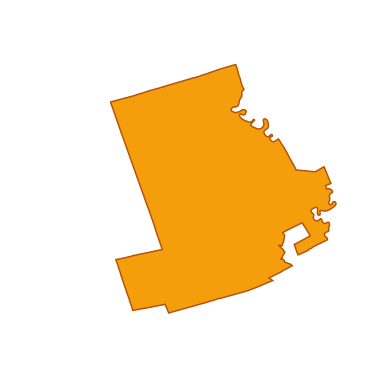 Luciu, Buzau, Romania (Natural Earth projection), rotated 52°
{"feature_id": "2599482B85602684300411", "entity_name": "Luciu", "entity_type": "district", "adm_level": 2, "iso_a3": "ROU", "parent_name": "Romania", "parent_adm1": "Buzau", "projection": "natural_earth1", "projection_center": [27.091, 44.965], "detail": "fine", "context": "isolated", "style": "filled", "palette": "amber", "viewbox_px": 384, "rotation_deg": 52, "n_neighbors": 0, "source": "geoboundaries", "source_scale": "gbopen_adm2", "svg_char_len": 5905}
<svg xmlns="http://www.w3.org/2000/svg" viewBox="0 0 384 384"><g transform="rotate(52 192 192)"><path d="M273.1,284.8L274.5,281.1L287.4,249.7L291.6,238.8L291.7,238.0L293.5,234.5L298.6,222.3L303.4,210.5L304.0,209.1L304.5,207.6L304.8,206.5L307.5,197.6L308.0,195.9L310.2,187.2L310.8,185.3L311.5,182.9L307.1,184.3L307.1,184.1L307.2,183.8L307.3,183.5L309.8,171.0L310.1,167.8L310.4,166.4L310.6,165.9L310.8,164.3L311.1,163.1L311.0,162.8L311.2,161.5L311.6,159.4L311.9,158.4L311.3,158.4L311.0,158.4L309.2,159.0L308.8,159.2L308.5,159.4L308.2,159.9L307.9,160.1L307.5,160.2L306.4,160.8L305.9,161.2L305.5,161.7L305.3,161.8L304.9,161.7L304.7,161.8L304.2,162.1L303.9,162.1L303.4,161.6L303.2,161.5L302.5,161.6L301.8,161.8L301.4,161.7L301.1,161.7L300.8,161.8L300.5,162.0L300.1,162.9L299.7,163.3L299.4,163.2L299.4,162.1L299.3,161.6L299.2,161.3L299.0,161.1L298.6,160.7L298.4,160.5L298.2,160.1L298.0,159.3L297.7,158.7L297.0,156.8L296.8,155.9L296.7,155.8L295.7,156.1L295.3,156.1L294.9,155.8L294.7,155.7L294.6,155.8L294.1,156.0L293.7,155.7L292.9,155.7L292.4,155.8L292.0,156.0L291.5,156.1L291.1,156.1L290.8,156.0L290.5,156.0L290.1,156.1L289.1,156.3L287.6,156.4L287.6,156.0L288.1,155.3L289.9,154.3L289.9,154.2L287.1,150.0L285.9,148.5L285.1,147.7L283.5,146.0L283.2,145.7L282.9,145.6L280.1,145.8L279.9,145.7L280.3,142.8L281.7,135.5L283.9,125.1L284.1,124.5L284.3,124.2L287.9,124.5L290.8,124.8L291.3,124.8L293.1,125.1L297.1,125.5L297.6,125.6L299.1,125.6L299.4,125.7L299.3,126.5L298.6,130.4L296.9,140.5L296.3,143.7L296.8,143.8L297.5,144.1L302.6,145.9L303.7,146.2L305.5,146.8L306.9,147.2L307.8,143.5L308.2,142.1L308.8,139.4L309.6,135.5L309.4,135.3L309.2,134.9L309.1,134.5L309.2,134.1L309.8,132.9L309.9,132.5L309.9,132.1L309.7,131.3L310.0,129.3L310.7,125.4L311.2,123.6L311.2,123.4L312.0,119.8L313.0,115.2L312.4,114.2L311.8,113.8L311.2,113.8L309.6,114.3L308.8,114.3L307.9,114.2L307.4,114.0L307.1,113.6L306.8,113.6L306.5,113.4L306.4,112.6L306.1,111.9L306.3,110.9L307.0,108.7L306.9,108.4L306.3,107.7L305.7,107.2L304.8,106.6L304.1,106.2L303.5,105.0L302.9,104.1L301.7,103.1L300.8,102.9L300.1,103.0L299.4,103.4L299.2,104.4L299.2,105.6L298.9,106.4L297.7,107.2L296.8,107.4L295.9,107.5L295.0,107.4L294.0,106.9L293.0,106.6L292.7,106.7L292.1,107.2L292.1,107.7L292.3,108.4L292.3,109.3L292.3,110.3L292.0,111.2L290.8,112.0L289.7,112.6L289.0,112.8L287.9,112.7L287.3,112.5L286.7,112.0L286.1,111.2L285.7,110.6L285.1,110.2L284.3,109.9L283.7,109.9L282.9,110.1L281.6,110.4L280.9,110.2L280.1,109.8L279.7,109.3L279.5,108.5L279.4,107.5L279.4,106.8L280.0,105.1L280.1,104.7L280.2,104.2L280.6,103.5L281.6,103.1L282.6,103.4L283.3,103.9L284.1,104.7L284.6,105.2L285.1,105.7L286.1,106.3L286.9,106.7L287.2,106.7L287.7,106.7L288.2,106.5L288.5,106.1L288.8,105.3L288.4,104.7L285.9,103.0L285.7,102.5L285.9,101.8L286.0,101.7L288.4,99.5L289.1,98.7L289.8,97.4L290.1,96.4L290.5,94.4L290.8,93.3L290.9,92.4L290.8,91.2L291.0,89.0L290.9,88.2L290.6,86.8L290.0,85.8L289.3,85.4L288.5,85.3L287.6,85.4L287.0,85.9L286.8,86.3L286.7,87.2L286.8,87.8L287.5,88.6L287.7,89.8L287.5,90.4L287.0,91.1L286.8,91.2L286.2,91.4L285.5,91.3L284.7,90.8L284.2,90.2L283.7,89.6L283.2,88.7L282.6,87.9L281.6,87.2L280.8,86.7L280.0,86.4L279.4,85.9L278.8,85.2L278.5,84.1L278.7,82.8L278.8,82.0L278.1,81.0L276.7,80.8L276.3,80.8L274.9,81.3L273.4,82.2L272.9,83.0L272.5,84.0L269.2,82.8L270.8,77.3L253.5,72.4L253.2,73.2L252.3,80.0L252.1,80.9L252.2,82.0L249.5,85.1L247.6,87.1L246.7,87.8L238.8,96.4L237.7,96.1L231.7,95.0L224.9,94.1L219.4,93.0L214.1,92.2L212.6,92.0L207.7,91.7L207.0,91.5L206.0,91.4L203.4,91.2L203.1,95.1L202.9,95.7L202.6,96.8L202.0,97.4L200.9,98.0L199.4,98.0L198.1,97.8L197.5,97.4L197.3,96.8L197.2,95.6L197.4,94.8L197.4,94.3L196.7,93.7L195.9,93.7L195.5,94.1L195.3,95.0L195.3,95.6L195.6,96.5L195.5,97.5L195.3,98.0L194.9,98.6L194.0,99.0L193.0,99.3L191.4,99.2L190.5,99.1L189.6,98.8L188.6,98.0L188.2,97.1L188.2,96.0L188.4,94.0L188.2,92.9L187.7,91.9L187.2,91.3L186.1,90.4L185.7,90.1L182.8,88.8L181.8,88.6L181.3,88.6L179.7,89.1L179.0,89.8L178.8,90.3L179.0,91.3L180.0,92.1L182.4,93.2L183.1,93.7L183.8,94.7L184.3,95.9L184.5,96.9L184.5,98.2L184.3,98.9L183.8,100.2L183.3,100.8L182.4,101.6L181.3,102.3L180.1,102.9L178.6,103.6L177.7,104.0L177.0,104.4L176.4,104.7L175.4,104.6L174.9,103.9L174.7,103.1L174.5,101.9L174.2,100.9L174.0,99.3L174.0,98.7L173.7,98.5L173.2,98.4L172.8,98.6L172.7,99.4L172.9,100.2L173.4,101.3L173.1,102.3L172.7,103.3L171.4,104.4L169.4,105.7L167.6,106.7L166.8,107.0L165.6,107.5L163.0,107.9L162.2,107.9L161.4,107.7L160.7,107.3L160.3,106.7L160.1,106.1L160.4,105.6L162.2,104.6L163.0,104.0L163.5,103.1L163.6,102.6L161.9,99.6L161.0,99.4L159.7,99.9L159.0,100.5L158.5,101.1L158.2,102.0L158.1,103.8L157.8,105.2L156.9,107.6L156.3,108.6L155.9,109.1L154.7,110.0L153.2,110.6L152.8,110.8L152.2,110.8L151.5,110.7L151.1,110.4L150.7,109.8L150.4,108.9L150.4,107.6L150.5,107.1L150.9,106.5L152.0,105.0L152.3,104.1L152.3,102.8L152.1,102.0L151.4,100.9L149.3,98.6L148.8,97.9L147.1,93.6L144.4,91.7L143.8,90.9L143.7,90.2L143.2,88.3L143.2,87.9L139.6,87.2L136.9,86.3L135.8,85.9L134.4,85.2L133.6,84.7L132.9,84.5L131.4,83.9L130.8,83.8L128.7,83.1L125.6,81.7L119.6,79.4L118.8,79.2L118.4,79.2L117.7,80.8L112.2,94.7L109.4,102.9L109.4,103.0L108.4,105.9L107.4,108.9L105.6,113.7L105.7,113.9L103.3,120.2L103.1,120.2L97.1,135.3L96.9,136.1L95.9,138.2L94.1,142.9L92.9,145.8L90.0,153.5L85.7,163.7L84.8,166.4L84.2,168.2L82.6,172.4L81.3,175.7L80.7,177.7L78.7,182.4L71.3,199.8L71.0,200.6L71.0,200.8L72.5,201.4L79.2,203.6L81.8,204.5L90.3,207.4L103.8,212.0L110.7,214.2L124.4,218.8L132.3,221.4L150.3,227.4L156.3,229.4L165.4,232.4L170.8,234.3L177.9,236.5L193.9,241.9L199.9,244.2L202.7,245.2L203.4,245.5L207.4,246.8L219.0,250.8L211.9,265.4L208.8,271.6L206.2,277.1L205.5,277.9L205.6,278.6L202.7,285.0L200.6,289.3L198.4,293.6L203.3,295.3L214.2,299.2L214.1,299.3L223.4,302.6L236.9,307.2L239.8,308.2L239.8,308.4L244.7,309.9L248.8,311.6L254.1,301.7L259.4,291.4L263.9,282.4L273.1,284.8Z" fill="#f59e0b" stroke="#b45309" stroke-width="1.5"/></g></svg>